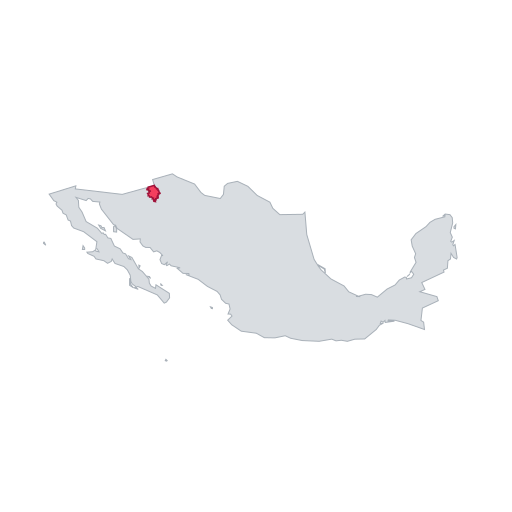 location of Janos, Chihuahua, Mexico, rotated 344°
{"feature_id": "50627088B67966039519122", "entity_name": "Janos", "entity_type": "district", "adm_level": 2, "iso_a3": "MEX", "parent_name": "Mexico", "parent_adm1": "Chihuahua", "projection": "albers", "projection_center": [-108.251, 30.757], "detail": "fine", "context": "in_parent", "style": "filled", "palette": "rose", "viewbox_px": 512, "rotation_deg": 344, "n_neighbors": 0, "source": "geoboundaries", "source_scale": "gbopen_adm2", "svg_char_len": 5702}
<svg xmlns="http://www.w3.org/2000/svg" viewBox="0 0 512 512"><g transform="rotate(344 256 256)"><path d="M74.2,139.5L102.2,138.9L100.8,141.7L144.4,159.9L177.7,160.2L177.7,154.0L198.3,154.0L202.0,158.3L216.8,169.9L220.6,179.8L223.4,183.6L237.5,190.9L241.7,187.8L244.7,180.2L248.7,178.4L258.7,179.1L267.4,186.8L273.8,198.1L284.2,208.1L285.3,214.8L290.3,222.8L312.4,228.8L315.1,227.3L310.7,249.4L310.9,275.2L312.4,280.6L318.9,287.3L318.0,291.4L318.0,287.4L312.6,281.6L314.7,287.2L321.7,298.7L332.4,309.1L335.3,316.0L342.9,322.5L341.0,322.5L345.0,323.8L343.7,322.9L350.9,323.0L356.3,324.9L361.3,329.0L372.9,323.9L381.7,322.2L387.1,318.6L393.2,317.2L394.6,318.1L394.4,319.6L399.5,319.8L402.6,317.0L401.2,313.5L399.6,314.6L399.9,313.8L408.1,306.2L407.9,301.1L410.1,297.8L408.9,289.6L409.6,283.2L415.9,278.5L427.6,274.6L432.5,271.6L438.3,270.1L448.3,270.4L448.9,268.9L446.3,269.3L449.4,267.8L453.8,269.7L455.2,273.2L454.2,278.4L449.2,287.0L449.9,292.0L447.2,295.6L448.0,296.6L450.8,295.7L448.3,299.3L448.6,300.6L450.5,299.8L448.9,312.9L448.0,314.2L445.5,311.8L444.2,307.2L442.1,312.5L439.2,313.4L436.6,320.5L432.3,321.2L432.3,323.3L408.0,327.2L409.2,334.7L403.6,335.5L418.7,344.9L418.9,349.2L401.6,351.9L396.8,363.4L398.9,365.8L397.7,373.1L383.4,362.9L372.2,356.2L365.6,353.9L365.0,354.8L371.1,356.8L361.9,355.5L362.2,353.5L360.0,354.6L358.3,353.0L356.9,355.1L360.0,355.6L355.5,356.6L351.3,359.8L337.6,365.7L328.1,363.2L320.3,363.2L314.8,360.5L309.5,359.6L305.9,356.8L293.2,355.4L277.1,350.0L266.6,344.6L262.1,340.7L251.6,339.9L241.5,336.8L235.0,330.3L221.1,324.2L213.7,315.4L211.1,309.9L216.4,307.1L215.5,304.8L213.1,304.1L216.5,299.8L216.8,294.7L213.8,293.1L210.9,288.1L210.8,283.5L208.9,279.4L200.9,271.8L194.0,262.5L183.4,254.5L186.4,256.0L186.6,254.3L181.1,252.6L176.9,246.2L179.8,246.4L171.7,242.0L170.6,239.9L167.6,240.7L167.1,239.7L169.4,237.2L165.5,239.1L163.2,237.2L162.7,233.0L165.5,229.3L166.6,230.1L164.6,226.2L162.1,223.7L158.7,223.8L156.5,218.6L152.4,217.4L150.0,215.1L148.4,210.5L149.5,207.7L142.3,206.1L130.1,191.2L129.5,187.7L127.7,186.6L120.3,168.3L119.8,162.8L120.8,161.1L114.1,158.5L112.6,155.5L110.5,154.4L108.0,155.9L99.1,150.0L100.6,153.6L99.1,160.3L100.9,165.8L102.2,176.1L111.2,185.6L114.0,191.8L115.4,191.6L116.1,193.5L117.4,193.7L118.6,197.8L121.3,199.1L122.6,207.4L127.4,211.7L128.9,216.4L131.2,218.0L132.7,223.5L134.7,224.9L133.6,220.8L136.3,223.2L139.4,235.9L142.5,239.6L146.7,248.8L146.0,252.6L146.9,256.0L150.5,259.4L151.9,256.1L162.4,268.0L161.4,272.4L157.2,275.6L154.8,276.0L150.4,266.2L134.0,252.7L132.5,252.9L129.3,248.7L128.7,245.9L129.8,239.8L128.5,233.9L126.1,229.7L118.4,224.3L116.9,219.2L115.4,221.3L111.3,222.1L108.5,218.6L101.3,214.7L100.3,211.7L95.0,207.2L94.5,205.7L100.2,206.9L103.5,205.8L103.4,207.2L106.2,208.7L105.3,205.3L104.0,205.0L107.0,198.4L97.0,185.1L88.5,178.9L87.1,176.0L87.3,171.3L85.3,169.6L84.9,164.2L82.3,161.7L82.1,158.5L78.6,153.2L78.1,150.9L79.4,149.4L76.9,147.1L74.2,139.5ZM129.6,191.4L128.6,194.6L125.8,193.4L127.1,188.6L128.8,188.1L129.6,191.4ZM118.2,190.3L114.3,186.6L113.3,182.9L115.3,184.2L115.7,186.2L117.8,186.8L118.2,190.3ZM455.2,284.9L454.0,284.0L454.3,282.5L456.8,280.8L455.2,284.9ZM129.3,252.7L126.4,249.3L128.4,242.5L127.7,248.6L129.3,252.7ZM93.1,202.5L90.9,201.9L92.6,198.4L93.5,201.1L93.1,202.5ZM56.9,187.7L55.2,185.2L55.7,184.2L56.3,184.3L56.9,187.7ZM131.8,252.9L133.6,255.6L129.9,252.9L131.8,252.9ZM199.9,293.5L199.6,294.6L198.6,294.1L198.2,292.3L199.9,293.5ZM147.9,246.4L148.5,248.5L146.6,245.8L147.9,246.4ZM140.9,232.5L141.9,233.5L140.3,235.3L140.9,232.5ZM141.8,332.1L141.0,332.4L139.9,331.6L140.9,330.5L141.8,332.1ZM397.4,316.6L395.4,317.4L398.9,315.8L397.4,316.6ZM157.8,258.4L156.7,258.1L156.6,256.1L157.8,258.4Z" fill="#d9dde1" stroke="#a8b0b8" stroke-width="1"/><path d="M180.0,169.5L181.0,169.4L181.0,169.2L180.9,169.2L180.9,168.9L180.9,168.7L180.7,168.5L180.5,167.9L180.5,167.7L180.5,167.4L180.4,167.3L180.4,167.2L180.4,166.9L180.3,166.7L180.5,166.6L180.5,166.4L180.4,166.3L180.5,166.3L180.5,166.2L180.4,166.1L180.4,165.9L180.3,165.7L180.2,165.7L180.1,165.0L180.1,164.2L179.7,164.2L178.9,164.1L178.9,163.8L178.9,163.6L179.1,163.3L179.0,163.2L178.4,162.4L178.2,162.1L178.2,161.8L177.8,161.8L177.8,160.1L176.6,160.1L175.9,160.1L172.4,160.1L171.3,160.1L170.6,161.4L169.9,161.4L169.9,161.5L169.7,161.6L169.6,161.8L170.1,161.7L170.2,162.0L170.8,162.1L170.4,162.4L170.3,162.9L170.4,163.0L171.2,163.3L171.2,163.5L171.4,163.8L171.5,163.9L171.5,164.0L171.4,164.2L171.4,164.3L172.2,164.3L172.2,164.6L170.8,164.7L170.8,166.0L170.3,166.0L169.1,166.0L169.3,166.6L169.2,167.8L169.0,168.3L169.4,168.3L169.7,168.6L170.0,169.0L169.9,169.7L169.9,169.9L170.2,170.0L170.3,170.2L171.2,170.4L171.3,170.3L171.6,170.3L171.6,170.5L172.1,170.9L172.3,171.2L172.4,171.3L172.5,172.0L172.4,172.1L173.1,172.1L173.0,172.5L172.6,172.8L172.9,173.3L172.9,173.8L173.4,173.9L173.4,174.0L173.5,174.0L173.5,174.3L173.8,174.6L173.7,174.8L173.5,174.7L173.4,174.7L172.9,174.4L172.9,175.3L174.3,176.0L174.3,175.3L174.3,174.9L174.6,174.3L175.0,174.4L175.1,173.8L175.4,173.9L175.4,173.7L175.5,173.8L175.5,173.7L175.5,173.8L175.5,173.7L175.6,173.8L175.8,173.7L175.8,173.8L175.8,173.7L175.9,173.4L176.0,173.3L176.1,173.2L176.3,173.1L176.5,173.1L176.8,173.1L177.0,173.1L177.2,173.3L177.8,173.3L177.9,173.2L177.7,173.0L177.7,172.9L177.8,172.7L178.0,172.5L178.1,172.4L178.1,172.2L177.9,172.2L177.7,172.1L177.5,171.9L177.8,171.8L177.8,171.7L178.0,171.5L178.0,171.4L178.0,171.2L178.3,171.2L178.2,170.8L178.3,170.8L178.3,170.7L178.5,170.6L178.7,170.4L178.8,170.4L179.0,170.3L179.2,170.2L179.3,170.2L179.4,169.9L179.1,169.6L179.0,169.4L179.0,169.2L179.6,169.1L179.8,169.4L179.8,169.5L180.0,169.4L180.0,169.5Z" fill="#f43f5e" stroke="#9f1239" stroke-width="1.5"/></g></svg>